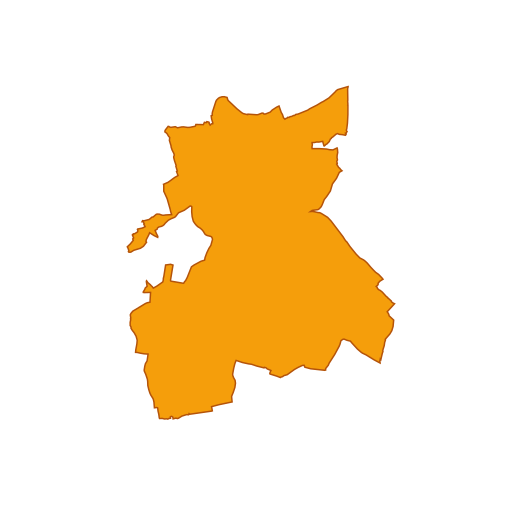 outline of Criseni, Salaj, Romania, rotated 148°
{"feature_id": "2599482B83066193971457", "entity_name": "Criseni", "entity_type": "district", "adm_level": 2, "iso_a3": "ROU", "parent_name": "Romania", "parent_adm1": "Salaj", "projection": "albers", "projection_center": [23.064, 47.251], "detail": "fine", "context": "isolated", "style": "filled", "palette": "amber", "viewbox_px": 512, "rotation_deg": 148, "n_neighbors": 0, "source": "geoboundaries", "source_scale": "gbopen_adm2", "svg_char_len": 6160}
<svg xmlns="http://www.w3.org/2000/svg" viewBox="0 0 512 512"><g transform="rotate(148 256 256)"><path d="M334.4,345.5L333.6,345.1L333.7,342.5L334.3,342.4L334.5,339.6L337.5,339.9L342.1,341.6L342.5,341.4L342.6,340.4L343.0,339.8L343.7,339.2L347.2,339.2L348.2,339.8L348.8,339.2L349.4,339.6L349.7,339.4L350.2,336.2L351.5,335.8L351.8,334.3L356.4,332.8L360.3,332.0L360.4,330.4L361.0,328.0L361.9,327.3L361.7,326.5L360.1,325.6L356.6,325.6L349.9,323.8L346.3,323.9L341.5,325.7L341.6,326.7L340.2,328.1L335.5,330.9L333.9,332.1L331.6,327.3L329.5,323.9L329.0,324.4L328.8,325.1L328.6,327.6L328.0,331.2L325.7,331.1L324.6,332.0L323.0,332.1L320.3,331.2L318.6,331.1L317.2,331.3L315.7,331.9L311.3,332.8L308.3,332.6L304.9,332.0L303.5,332.0L298.8,333.7L292.5,332.8L285.3,333.3L284.7,332.7L284.4,332.2L284.4,331.7L287.1,327.6L289.3,323.2L290.7,318.8L290.7,317.1L290.5,314.6L289.9,311.9L288.5,309.0L287.8,306.5L287.6,304.5L287.7,301.9L287.5,300.9L286.6,299.3L284.2,296.8L283.6,295.9L283.6,294.8L283.9,293.6L284.3,292.9L288.7,288.9L291.9,287.4L296.0,284.8L300.0,281.7L301.8,279.7L305.4,280.7L313.3,281.2L316.5,281.0L325.6,274.3L328.8,272.4L330.2,272.1L331.6,271.3L332.0,271.3L341.4,279.7L341.6,280.1L341.4,280.7L331.2,292.3L332.8,294.2L337.4,296.3L345.0,287.5L346.4,286.2L347.5,284.6L348.8,283.4L356.0,283.0L360.1,283.2L360.2,284.9L360.6,286.2L360.8,287.6L361.8,290.6L361.9,293.0L362.3,292.8L362.7,292.1L364.4,288.0L367.0,287.5L367.9,286.7L370.8,285.2L370.9,284.8L370.0,284.1L364.7,281.0L370.4,273.0L373.0,274.0L375.0,274.3L389.7,274.5L392.4,273.6L393.8,272.7L395.1,269.7L395.7,269.3L396.0,268.4L397.9,266.4L399.6,263.6L399.5,263.1L399.7,261.8L400.3,260.9L400.3,258.2L400.0,255.6L400.2,251.5L401.4,247.5L403.6,244.6L407.7,240.1L409.2,238.1L407.9,237.2L405.6,234.9L402.8,232.4L399.5,230.0L403.9,224.8L406.8,223.3L408.7,221.5L411.3,218.5L411.7,217.6L412.2,214.1L413.4,209.1L414.3,207.1L416.4,203.4L417.7,199.6L418.6,196.1L418.9,193.8L418.9,189.5L419.3,188.1L419.9,186.3L422.6,181.1L420.5,180.1L419.9,179.5L420.1,178.8L421.3,176.3L422.3,173.3L423.8,170.0L423.9,169.3L421.5,167.9L420.0,166.3L417.9,165.2L417.2,164.4L416.0,164.4L414.5,163.7L413.9,165.0L412.8,164.9L412.2,164.3L411.9,163.5L412.6,161.8L409.9,161.0L408.8,159.8L407.7,159.5L403.7,159.5L399.0,158.3L397.3,157.1L396.3,157.8L396.1,157.0L395.3,156.6L375.9,148.0L375.1,147.8L373.5,151.8L366.1,149.5L353.6,144.9L351.3,149.5L350.8,150.1L347.6,152.4L343.6,155.7L340.8,159.0L339.6,161.7L339.5,164.5L339.0,167.0L338.5,168.1L334.3,172.7L331.1,175.8L328.2,178.0L323.9,172.8L319.4,168.4L317.2,166.6L313.6,162.2L308.5,156.9L308.1,157.2L307.8,157.1L306.7,155.8L306.3,154.3L304.0,151.0L305.8,149.8L306.7,148.8L306.5,148.3L302.2,143.3L299.7,140.0L299.1,140.1L297.3,139.6L295.9,139.8L292.4,138.8L283.6,139.4L279.2,139.2L274.6,138.6L273.1,137.8L273.5,135.8L269.4,131.4L258.2,122.6L257.3,122.4L256.9,123.3L256.4,123.7L252.5,125.1L250.9,126.3L241.4,130.8L233.3,135.4L231.5,136.7L228.8,139.2L226.3,139.3L225.3,138.8L223.5,136.3L221.0,133.7L220.9,132.2L219.3,123.4L217.8,118.5L217.2,117.2L215.1,113.9L210.9,105.4L207.5,99.5L207.1,100.2L207.2,100.5L206.1,102.0L205.6,102.2L205.2,102.7L205.1,101.9L200.6,106.4L198.9,107.8L198.5,108.8L194.7,112.1L192.7,114.5L190.7,116.2L190.5,116.9L183.9,118.9L180.4,120.7L177.1,123.6L173.2,128.7L174.8,134.7L174.3,136.2L174.2,137.7L174.3,139.2L163.8,142.1L164.8,143.7L165.4,145.4L165.1,146.1L166.1,149.7L166.5,150.5L166.3,151.0L167.0,152.8L168.0,158.4L168.9,161.0L169.7,162.2L169.8,162.9L170.2,163.7L169.9,165.4L170.2,166.5L167.9,166.9L167.3,167.4L167.0,168.1L166.4,168.4L164.2,169.0L160.6,169.0L160.8,170.7L161.8,175.5L163.2,178.8L163.9,181.9L164.6,185.4L165.4,191.0L166.1,193.7L166.8,195.6L169.0,199.4L170.1,204.5L171.3,214.3L171.5,219.8L171.8,220.6L172.0,222.5L172.0,226.3L173.8,246.0L174.8,250.9L178.0,257.4L179.0,259.0L180.4,260.0L182.9,262.5L184.8,264.1L186.2,264.8L184.2,264.9L178.9,262.5L177.4,262.5L174.7,263.2L172.7,264.4L168.2,267.7L164.5,269.0L158.5,271.7L153.0,276.6L146.6,279.2L141.0,282.8L137.9,282.7L138.4,284.4L138.5,286.0L139.0,287.4L138.9,291.2L138.1,291.3L137.3,293.6L136.0,294.3L135.2,296.4L133.9,298.3L131.9,300.4L130.3,303.5L130.0,304.7L134.5,305.2L137.2,307.1L139.6,309.4L145.1,313.3L151.5,317.3L150.7,318.9L149.2,320.5L148.7,321.9L148.3,322.5L146.6,321.4L144.1,320.5L142.3,319.3L138.7,317.9L140.0,313.4L139.7,313.1L137.3,313.6L136.7,313.4L133.3,314.2L130.9,315.8L129.8,315.8L129.2,316.3L128.1,316.2L123.5,316.9L122.0,316.6L120.9,315.0L118.4,313.1L116.2,311.0L115.6,311.2L115.6,311.5L114.9,311.7L115.0,312.7L114.4,312.5L112.8,313.3L112.9,314.3L112.6,315.0L111.7,315.7L108.1,320.1L103.1,327.3L98.2,335.1L98.3,335.3L97.6,336.1L96.1,339.0L95.7,339.3L89.9,348.9L88.7,350.4L88.3,350.5L88.1,350.9L98.5,353.8L100.4,353.7L101.5,353.3L110.4,351.4L117.4,351.4L118.8,351.6L124.7,351.7L132.3,352.4L134.9,352.3L145.2,354.1L147.3,355.0L148.7,354.7L149.7,355.3L151.6,355.4L153.3,356.1L154.6,356.0L155.5,356.8L156.9,356.5L157.5,356.8L159.0,356.7L159.4,358.7L158.6,361.9L158.5,364.5L157.0,371.0L159.5,371.3L164.9,371.2L167.7,370.5L172.6,371.4L174.0,372.1L174.1,373.1L175.1,374.0L179.3,374.8L180.4,375.3L187.7,380.6L188.1,380.3L189.3,381.4L191.3,383.5L192.1,385.0L194.1,390.7L197.1,402.2L197.2,403.3L196.5,405.8L198.5,407.9L200.3,409.0L202.9,409.7L204.3,409.7L206.9,409.1L208.2,408.3L216.6,401.2L217.6,400.1L218.5,398.5L219.7,398.7L221.0,395.8L222.1,391.8L222.6,391.1L223.8,391.7L225.5,391.3L225.5,393.1L225.5,393.3L225.1,393.6L225.0,394.5L226.5,396.0L227.4,395.4L228.9,396.7L231.0,395.3L237.3,399.4L238.4,398.4L238.9,398.3L244.0,400.2L245.9,401.3L249.0,403.9L250.8,404.9L254.6,406.3L255.9,408.4L260.0,410.2L261.0,411.3L261.2,412.0L261.8,412.5L265.9,411.0L267.0,410.3L267.5,409.4L267.0,408.4L266.6,407.0L266.7,404.1L266.4,402.2L268.2,399.9L269.6,394.7L270.3,393.2L271.0,390.2L271.3,386.6L271.8,384.9L273.1,383.9L273.6,383.1L274.6,380.0L275.8,375.0L276.4,374.6L277.7,369.8L278.6,369.8L279.5,365.5L283.5,365.7L291.5,365.1L296.4,365.8L296.4,365.4L299.9,359.8L301.0,351.6L304.0,341.2L304.8,339.0L305.6,335.8L310.9,338.7L312.8,339.5L314.0,340.4L315.8,342.7L317.7,344.0L318.6,344.2L322.6,343.6L323.6,344.1L327.2,343.6L332.3,345.2L333.4,346.1L334.4,345.5Z" fill="#f59e0b" stroke="#b45309" stroke-width="1.5"/></g></svg>